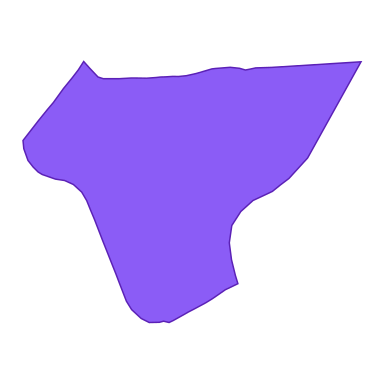 the district of Chamkar Mon, Phnom Penh, Cambodia
{"feature_id": "14789045B33698683582262", "entity_name": "Chamkar Mon", "entity_type": "district", "adm_level": 2, "iso_a3": "KHM", "parent_name": "Cambodia", "parent_adm1": "Phnom Penh", "projection": "equal_earth", "projection_center": [104.92, 11.542], "detail": "fine", "context": "isolated", "style": "filled", "palette": "violet", "viewbox_px": 384, "rotation_deg": 0, "n_neighbors": 0, "source": "geoboundaries", "source_scale": "gbopen_adm2", "svg_char_len": 1003}
<svg xmlns="http://www.w3.org/2000/svg" viewBox="0 0 384 384"><path d="M160.7,77.0L156.2,77.5L146.6,78.2L134.9,78.0L131.4,78.0L119.0,78.7L103.3,78.7L98.0,77.0L89.4,67.9L83.7,61.5L78.3,69.9L72.3,77.7L63.5,88.5L53.3,102.6L47.7,109.2L38.7,120.3L30.0,131.5L23.0,140.5L23.8,148.7L28.0,160.5L33.2,167.1L38.1,172.0L42.2,174.5L55.4,179.1L64.6,180.5L73.4,184.5L81.7,192.1L86.7,200.6L90.8,210.7L94.5,219.5L102.8,241.0L108.5,255.3L112.1,264.4L115.9,273.9L119.2,282.6L126.4,301.2L131.6,309.6L141.2,318.5L149.2,322.5L159.4,322.3L163.6,321.2L169.1,322.5L173.1,320.6L180.1,316.7L188.2,312.1L194.0,309.1L205.9,302.7L212.4,298.7L225.4,289.7L237.9,283.7L235.4,275.5L231.5,259.7L229.3,242.8L231.8,225.5L240.8,211.5L253.0,200.5L272.4,191.4L280.3,185.0L288.9,178.5L307.6,158.0L361.0,61.8L271.7,67.4L262.2,67.7L255.7,67.9L249.7,69.2L245.4,70.0L239.6,68.3L230.2,67.3L225.2,67.7L215.2,68.5L211.9,68.9L196.2,73.5L186.4,75.7L178.5,76.5L172.8,76.4L164.9,76.9L160.7,77.0Z" fill="#8b5cf6" stroke="#5b21b6" stroke-width="1.5"/></svg>